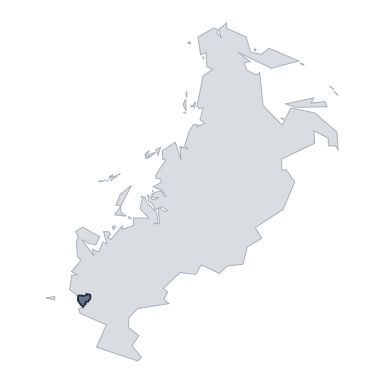 where Smolensk sits in Russia
{"feature_id": "RUS-2343", "entity_name": "Smolensk", "entity_type": "Region", "adm_level": 1, "iso_a3": "RUS", "parent_name": "Russia", "parent_adm1": "", "projection": "albers", "projection_center": [33.375, 54.744], "detail": "fine", "context": "in_parent", "style": "filled", "palette": "slate", "viewbox_px": 384, "rotation_deg": 0, "n_neighbors": 0, "source": "natural_earth", "source_scale": "10m", "svg_char_len": 6332}
<svg xmlns="http://www.w3.org/2000/svg" viewBox="0 0 384 384"><path d="M336.9,132.1L338.1,149.6L335.5,146.0L328.4,145.8L328.2,138.1L313.9,130.8L314.6,143.3L281.5,159.1L281.9,170.1L286.3,169.7L294.7,182.0L283.1,209.4L255.3,227.5L261.7,238.3L247.4,246.9L242.8,264.3L227.0,266.0L219.6,273.5L201.3,264.7L195.9,274.3L180.1,272.6L163.3,288.2L167.5,291.9L163.9,299.1L168.8,303.6L137.5,308.7L128.9,317.6L128.3,327.4L138.9,335.7L132.0,345.8L141.3,357.2L138.0,361.0L96.5,347.2L106.4,324.8L80.1,313.4L78.7,308.8L83.0,306.9L78.1,296.3L69.6,289.5L71.8,275.2L77.1,274.7L71.5,271.5L80.8,260.4L77.5,256.3L76.4,241.1L78.4,237.5L75.8,231.5L82.5,227.0L99.7,236.7L95.8,244.9L87.2,243.0L84.1,240.4L82.1,240.0L93.9,255.8L92.4,249.4L98.7,251.8L102.8,242.0L106.9,243.9L103.6,231.6L108.5,231.7L110.5,234.4L107.5,237.0L111.1,239.3L122.3,226.0L122.3,229.5L133.8,225.2L133.2,217.9L148.8,218.1L139.9,208.5L142.9,197.4L145.2,197.1L146.8,202.7L156.8,212.7L157.9,222.0L153.2,224.1L159.8,223.2L158.2,209.6L159.9,207.8L164.3,211.6L167.5,210.3L161.9,206.8L155.2,209.7L152.6,203.8L148.6,201.6L147.6,195.0L152.8,199.8L157.3,198.5L158.2,197.7L151.5,197.2L153.5,193.0L161.4,190.6L163.5,195.6L166.2,196.3L162.0,190.3L153.0,186.9L161.6,182.1L160.4,178.9L156.0,178.2L155.7,175.3L165.6,160.0L162.7,159.2L162.5,150.6L175.3,142.3L181.1,160.2L180.3,150.5L182.6,146.9L187.0,148.8L187.8,148.9L188.1,148.4L184.6,146.1L189.4,130.6L193.8,124.3L198.3,125.0L196.4,127.1L204.9,123.2L200.0,119.6L203.3,107.6L199.4,108.8L197.0,106.0L203.2,75.7L213.1,69.4L206.7,66.6L206.2,52.5L200.7,54.9L197.9,37.1L214.0,27.9L217.5,29.5L217.1,33.7L221.0,37.3L218.8,29.5L226.5,23.0L226.9,28.3L245.9,37.0L250.9,52.5L261.4,54.3L269.1,48.3L298.7,61.0L271.4,68.3L238.3,52.3L250.3,61.7L244.3,62.8L246.9,70.0L256.9,75.1L259.7,72.5L263.0,105.5L282.0,125.2L290.9,108.0L314.6,112.9L336.9,132.1ZM131.5,185.3L120.9,205.8L116.0,205.2L120.3,194.4L131.5,185.3ZM285.6,103.9L313.8,97.9L311.1,103.1L325.0,101.6L327.1,106.8L296.0,107.3L285.6,103.9ZM114.8,214.8L120.7,206.3L120.8,212.3L126.3,216.2L114.8,214.8ZM186.1,111.1L183.1,104.5L185.7,99.0L186.1,111.1ZM148.8,154.5L155.7,152.3L149.0,157.6L148.8,154.5ZM145.2,153.9L149.3,150.6L145.5,157.0L145.2,153.9ZM155.7,149.8L160.6,147.4L158.1,155.0L155.7,149.8ZM187.0,97.8L186.0,94.5L186.8,91.0L187.0,97.8ZM45.9,298.0L54.7,296.5L54.7,300.0L45.9,298.0ZM103.1,181.0L105.9,179.7L100.5,182.3L103.1,181.0ZM192.8,105.4L195.6,101.7L194.6,107.6L192.8,105.4ZM115.8,226.8L113.8,229.4L112.3,228.3L113.1,225.9L115.8,226.8ZM108.4,178.5L110.8,177.1L112.4,177.3L108.4,178.5ZM117.1,175.2L116.4,177.1L114.3,177.3L114.5,176.3L117.1,175.2ZM119.7,174.4L117.5,175.1L120.3,173.4L119.7,174.4ZM129.0,216.5L131.4,219.3L128.4,217.7L129.0,216.5ZM148.4,156.0L147.7,158.0L146.1,158.2L148.4,156.0ZM109.4,176.5L112.6,175.0L111.7,176.3L109.4,176.5ZM189.8,41.7L190.5,43.9L187.7,42.9L189.8,41.7ZM100.3,180.7L102.5,180.7L98.3,181.6L100.3,180.7ZM142.5,196.3L140.4,198.0L142.4,196.1L142.5,196.3ZM179.5,147.0L181.7,146.9L179.9,148.2L179.5,147.0ZM202.5,56.2L204.0,57.7L203.6,58.9L202.5,56.2ZM113.7,178.5L112.0,178.6L114.6,178.1L113.7,178.5ZM112.4,176.1L113.6,176.7L111.6,176.8L112.4,176.1ZM329.3,86.4L331.3,87.3L334.2,89.8L329.3,86.4ZM111.0,179.4L112.4,179.9L111.0,180.3L111.0,179.4ZM153.2,192.8L152.1,194.7L151.6,194.9L153.2,192.8ZM255.7,48.8L255.7,51.1L254.1,49.4L255.7,48.8ZM191.0,105.5L192.5,106.4L191.3,106.8L191.0,105.5ZM281.0,118.4L283.6,118.2L282.9,119.5L281.0,118.4ZM300.0,62.8L303.9,64.4L302.9,65.2L300.0,62.8ZM108.7,180.4L107.4,181.1L106.8,180.9L108.7,180.4ZM152.5,189.9L153.1,191.4L152.5,191.3L152.5,189.9ZM184.8,112.1L185.6,113.2L183.8,112.7L184.8,112.1ZM337.0,94.8L334.1,91.0L337.6,94.9L337.0,94.8Z" fill="#d9dde1" stroke="#a8b0b8" stroke-width="1"/><path d="M78.3,299.0L78.3,298.9L78.3,298.7L78.2,298.6L78.3,298.5L78.3,298.4L78.2,298.3L78.2,298.2L78.0,297.9L77.9,297.8L77.8,297.7L77.9,297.3L78.1,297.2L78.1,296.9L78.1,296.7L78.2,296.4L78.2,296.2L78.3,295.8L78.4,295.7L78.5,295.7L78.5,295.4L78.9,295.5L79.0,295.6L79.3,295.5L79.5,295.5L79.9,295.5L80.0,295.4L80.3,295.5L80.5,295.6L80.7,295.4L80.8,295.4L81.0,295.4L81.2,295.5L81.3,295.6L81.3,295.8L81.6,295.8L81.8,295.8L82.0,295.8L82.0,295.7L82.3,295.7L82.4,295.8L82.5,295.8L82.5,295.7L82.7,295.9L82.8,295.9L83.0,295.8L83.3,295.8L83.5,295.9L83.6,296.0L83.8,296.1L84.0,296.0L84.4,296.0L84.5,296.0L84.5,295.9L84.6,295.7L84.8,295.7L85.0,295.7L85.4,295.5L85.4,295.4L85.5,295.3L85.5,295.2L85.8,295.0L85.8,294.9L85.8,294.7L86.0,294.5L86.3,294.6L86.2,294.4L86.3,294.2L86.4,293.9L86.5,293.9L86.6,294.0L86.9,294.0L87.3,293.9L87.5,294.0L87.6,294.3L87.7,294.2L87.8,294.2L87.9,294.3L88.1,294.4L88.2,294.5L88.4,294.6L88.6,294.6L88.8,294.4L89.0,294.5L89.5,294.3L89.9,294.5L90.0,294.5L90.1,294.8L90.3,294.9L90.3,295.0L90.5,295.2L90.5,295.3L90.4,295.4L90.4,295.5L90.5,295.9L90.6,296.0L90.6,296.3L90.3,296.3L90.4,296.5L90.4,296.8L90.4,297.0L90.3,297.3L90.3,297.5L90.6,297.9L90.5,298.1L90.4,298.1L90.4,298.3L90.4,298.5L90.2,298.8L89.9,299.1L90.0,299.2L90.0,299.3L89.9,299.3L89.7,299.4L89.6,299.5L89.4,299.6L89.2,299.7L89.2,299.8L89.2,300.0L89.3,300.1L89.3,300.3L89.2,300.4L89.1,300.5L88.9,300.6L88.6,300.8L88.4,300.7L88.2,300.7L87.9,300.7L88.1,300.8L88.2,301.0L88.1,301.5L87.9,301.6L88.0,301.8L87.9,301.9L87.9,302.0L87.7,302.0L87.4,301.6L87.2,301.4L86.8,301.4L86.6,301.3L86.4,301.4L86.2,301.4L85.9,301.4L85.8,301.6L85.7,301.7L85.8,301.8L85.7,302.0L85.8,302.4L85.9,302.5L85.7,302.8L85.7,303.0L85.5,303.3L85.5,303.5L85.4,303.5L85.5,303.6L85.4,303.6L85.2,303.8L85.3,303.9L85.4,304.0L85.2,304.1L85.3,304.2L85.2,304.3L85.1,304.2L84.9,304.2L84.8,304.3L84.6,304.3L84.7,304.5L84.7,304.8L84.7,305.0L84.5,305.3L84.4,305.4L84.3,305.5L84.1,305.7L83.9,305.9L83.8,306.0L83.7,306.1L83.6,306.3L83.6,306.5L83.5,306.8L83.4,306.9L83.2,307.0L83.2,306.9L83.0,306.7L82.9,306.8L82.9,306.7L82.7,306.6L82.5,306.4L82.3,306.3L82.2,306.2L82.2,305.9L82.4,305.7L82.2,305.5L82.0,305.4L81.9,305.3L81.8,305.2L81.5,305.1L81.3,305.0L81.2,305.0L80.6,305.1L80.4,305.0L80.3,304.9L80.4,304.7L80.5,304.6L80.5,304.3L80.6,304.2L80.5,303.8L80.4,303.8L80.3,303.6L80.1,303.5L79.8,303.4L79.6,303.3L79.1,302.9L79.0,302.7L79.0,302.4L78.9,302.1L78.9,301.9L78.7,301.8L78.7,301.7L78.4,301.6L78.5,301.3L78.6,301.1L78.7,300.9L78.5,300.7L78.3,300.7L78.2,300.7L77.8,300.2L77.7,300.1L77.6,299.9L77.7,299.7L77.8,299.6L77.8,299.4L78.0,299.3L78.1,299.2L78.1,298.9L78.3,299.0Z" fill="#64748b" stroke="#1e293b" stroke-width="1.5"/></svg>